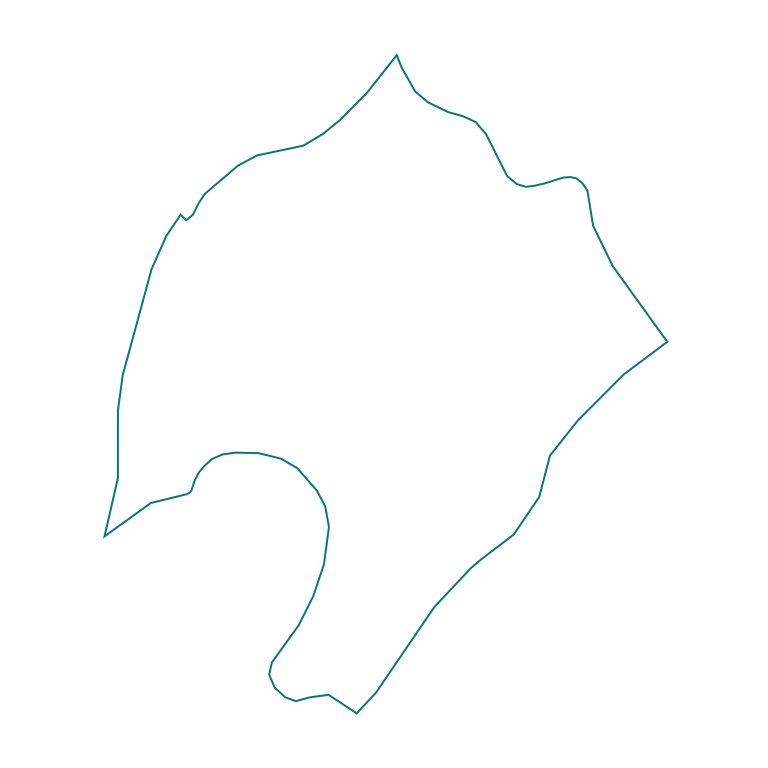 SVG path tracing the border of Vĩnh Long, rotated 268°
{"feature_id": "VNM-510", "entity_name": "Vĩnh Long", "entity_type": "Province", "adm_level": 1, "iso_a3": "VNM", "parent_name": "Vietnam", "parent_adm1": "", "projection": "natural_earth1", "projection_center": [105.979, 10.095], "detail": "fine", "context": "isolated", "style": "outline", "palette": "teal", "viewbox_px": 768, "rotation_deg": 268, "n_neighbors": 0, "source": "natural_earth", "source_scale": "10m", "svg_char_len": 1081}
<svg xmlns="http://www.w3.org/2000/svg" viewBox="0 0 768 768"><g transform="rotate(268 384 384)"><path d="M416.3,668.6L385.3,624.1L340.8,576.5L306.7,547.4L265.7,535.2L229.0,508.4L228.7,507.9L205.4,475.1L196.7,464.1L159.2,426.4L75.9,365.3L55.8,345.2L75.3,317.7L73.4,298.6L70.1,284.8L74.4,274.3L84.5,264.1L97.6,259.1L109.6,262.2L145.9,290.4L174.4,305.9L205.9,317.7L243.0,324.0L263.8,321.0L279.8,313.2L303.0,294.3L313.1,278.1L319.2,256.5L320.6,233.0L319.2,220.0L315.1,209.6L309.0,202.3L302.3,196.1L294.8,191.7L283.9,187.7L281.7,185.6L280.6,182.3L273.2,146.8L241.5,99.4L299.4,114.8L366.9,117.2L402.0,123.2L506.8,155.7L539.6,171.6L560.3,186.7L554.5,192.0L559.9,199.0L571.2,205.1L580.2,211.5L607.3,245.6L616.9,265.3L625.0,311.6L636.0,331.6L649.3,349.2L675.1,376.7L712.2,408.2L699.4,412.8L675.1,425.5L663.8,438.0L653.5,457.6L648.9,472.2L642.6,484.7L630.0,494.8L587.7,514.2L579.1,523.7L576.1,532.9L576.9,541.4L578.8,551.4L584.0,570.2L584.3,577.1L582.9,583.4L577.4,589.6L569.9,594.1L534.9,598.5L493.7,616.8L416.5,668.4L416.3,668.6Z" fill="none" stroke="#0f766e" stroke-width="2"/></g></svg>